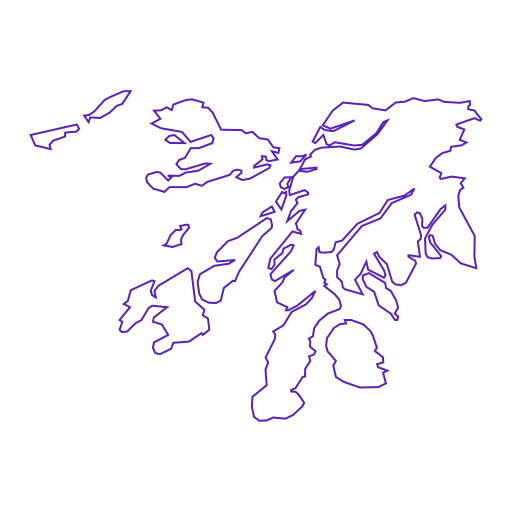 the border of Argyll and Bute
{"feature_id": "GBR-2746", "entity_name": "Argyll and Bute", "entity_type": "Unitary District", "adm_level": 1, "iso_a3": "GBR", "parent_name": "United Kingdom", "parent_adm1": "", "projection": "robinson", "projection_center": [-5.597, 55.994], "detail": "fine", "context": "isolated", "style": "outline", "palette": "violet", "viewbox_px": 512, "rotation_deg": 0, "n_neighbors": 0, "source": "natural_earth", "source_scale": "10m", "svg_char_len": 6115}
<svg xmlns="http://www.w3.org/2000/svg" viewBox="0 0 512 512"><path d="M476.3,268.2L460.9,263.4L451.3,254.7L440.3,250.2L435.2,244.0L432.6,235.7L429.9,235.2L428.9,237.0L430.2,242.4L441.2,256.2L440.0,258.1L432.1,258.5L427.7,257.2L425.7,253.8L425.0,238.5L432.2,224.9L445.3,209.7L445.3,205.4L440.7,209.0L427.5,227.7L423.5,227.8L422.1,225.9L422.4,218.7L419.7,213.0L417.1,212.4L414.6,214.6L421.1,235.3L420.6,239.0L417.8,241.5L420.0,256.8L408.5,255.2L408.5,256.8L415.2,260.7L416.1,263.4L405.9,282.8L401.1,285.2L395.2,284.3L392.2,281.7L386.9,264.1L379.4,257.0L377.0,252.0L374.0,253.7L384.1,270.5L385.5,275.4L384.0,277.7L368.1,269.6L366.4,261.6L360.5,274.0L355.0,279.7L362.7,294.3L344.9,289.3L342.9,287.4L341.7,281.5L337.1,277.1L337.1,270.6L339.7,264.1L337.1,255.2L361.9,226.0L380.4,218.4L391.8,203.1L410.9,194.8L414.5,188.5L404.4,195.6L387.8,200.0L379.6,212.9L357.5,223.7L342.1,240.6L335.7,242.2L333.7,249.7L331.4,252.1L322.8,252.7L319.3,251.9L318.6,247.2L316.6,249.1L315.3,264.9L319.9,266.6L323.3,278.1L325.5,279.7L324.3,282.8L326.9,284.3L324.3,286.0L334.6,294.1L339.3,299.7L341.0,305.8L339.7,309.0L328.0,313.5L319.4,320.5L314.2,328.2L312.9,336.3L308.9,338.6L310.3,341.3L310.0,346.7L315.4,351.0L314.3,354.2L309.1,356.5L310.3,360.9L305.2,368.8L305.0,376.5L302.7,376.9L295.5,388.1L291.2,390.0L291.2,391.5L295.4,391.8L298.9,394.9L304.2,402.8L302.4,406.3L293.1,415.0L285.3,418.7L273.2,417.5L267.0,420.4L259.4,420.8L254.1,417.0L251.9,406.9L252.5,396.8L266.7,385.2L265.5,369.5L268.2,362.5L265.6,357.5L274.6,339.5L275.4,334.7L273.2,331.5L283.4,325.3L291.8,311.8L306.1,304.3L311.9,298.0L315.4,290.9L297.3,305.6L288.4,310.2L286.0,310.3L287.3,307.2L277.1,302.4L274.5,290.9L282.4,282.4L284.7,277.3L293.7,269.9L275.0,281.1L271.9,279.6L270.4,274.3L290.8,251.5L293.7,245.4L291.3,244.7L283.6,248.5L282.4,252.9L274.4,259.6L274.5,264.9L271.4,269.1L268.3,268.0L270.4,258.6L292.5,231.4L301.1,233.9L300.5,231.0L297.5,229.1L296.0,223.3L305.1,209.7L299.5,210.9L287.3,221.2L290.9,211.4L297.5,203.1L295.9,199.9L298.1,197.4L307.9,194.4L308.2,192.6L304.6,190.1L289.8,195.1L289.2,190.4L293.4,176.6L298.8,170.7L307.2,171.8L316.5,169.1L316.5,167.6L299.9,169.1L305.1,159.4L311.0,156.5L310.2,154.6L314.8,149.9L321.1,147.7L339.7,146.5L354.7,149.6L360.9,148.5L377.6,134.0L387.5,120.4L383.5,122.0L376.2,133.4L362.3,144.8L354.4,145.5L334.7,142.3L329.5,145.6L326.5,144.0L323.4,135.0L315.2,143.1L312.7,141.6L320.3,126.9L324.7,130.0L333.4,131.2L354.6,120.4L330.5,128.7L322.8,125.3L332.6,110.7L343.0,102.6L368.1,104.9L372.6,108.3L385.5,110.4L395.7,102.5L404.8,101.7L413.4,98.1L424.6,101.1L438.1,99.4L444.3,101.9L460.1,102.8L469.6,101.1L470.2,104.7L468.2,106.5L468.3,109.3L474.3,110.4L481.3,119.2L480.2,120.7L474.4,118.2L456.4,124.5L457.4,126.9L464.4,129.5L459.7,139.8L466.4,142.5L461.6,145.3L451.1,146.8L450.4,150.7L442.2,153.2L436.1,157.6L429.9,166.7L441.3,173.1L439.7,177.7L440.8,178.9L451.8,176.6L464.8,178.3L460.7,183.2L463.4,187.7L460.2,190.0L458.3,195.5L459.2,207.3L474.7,235.9L474.4,256.5L476.3,268.2ZM272.0,151.3L277.6,159.5L269.2,161.1L266.5,160.2L265.8,156.6L261.9,156.2L262.5,159.3L254.2,165.9L254.2,167.6L267.5,164.3L270.5,165.4L269.3,168.0L249.6,178.8L242.3,180.0L236.3,177.2L241.3,172.9L241.5,170.7L237.7,169.6L233.2,170.7L229.9,174.8L207.1,182.0L201.8,185.8L195.1,183.7L186.8,187.1L169.5,187.1L164.5,191.9L153.2,188.6L147.2,182.4L146.1,178.0L147.8,174.6L156.5,172.0L160.2,172.5L168.2,180.5L171.6,177.2L167.7,175.6L179.4,175.9L185.5,172.6L198.3,170.7L210.3,163.8L205.4,163.4L185.5,169.3L180.9,169.1L176.4,164.2L179.0,160.1L185.0,157.8L190.7,148.1L199.0,148.1L212.3,143.1L213.6,138.4L211.1,135.0L190.6,141.9L181.9,131.9L160.8,128.2L151.6,123.5L160.4,118.8L154.0,110.7L160.9,110.3L166.8,107.3L171.6,110.1L173.5,104.5L186.3,99.9L192.3,99.4L203.5,102.6L202.3,107.3L208.1,107.7L212.6,112.5L221.1,129.7L241.6,130.1L245.8,133.3L252.3,131.9L259.3,138.2L267.9,139.5L273.3,147.3L279.4,148.2L278.4,152.9L272.0,151.3ZM208.0,318.5L209.3,329.7L202.8,334.9L201.6,333.1L189.0,341.6L173.4,342.8L171.2,348.7L159.9,354.2L155.4,353.1L152.9,347.8L154.0,342.4L168.2,334.9L161.9,324.5L153.0,321.8L153.8,317.5L167.1,307.2L152.4,305.7L148.6,308.0L141.5,320.1L135.5,323.2L127.2,331.5L122.0,332.1L119.6,329.9L122.3,321.8L119.6,320.0L130.0,307.2L123.8,304.0L127.8,301.0L130.8,290.2L152.0,280.4L154.5,281.2L150.7,290.9L152.1,295.1L155.8,297.4L154.4,291.1L158.4,285.8L187.7,268.2L191.4,271.1L195.2,301.5L204.4,309.7L202.8,315.3L208.0,318.5ZM387.3,370.6L383.1,372.7L385.9,383.4L378.5,387.1L359.9,387.5L343.6,381.8L335.9,376.9L333.3,365.6L335.9,360.9L327.7,351.4L326.1,345.8L327.0,338.1L334.0,327.9L339.8,324.2L346.1,323.4L344.8,320.0L351.2,320.0L363.3,324.4L370.5,331.1L373.1,336.1L376.9,347.8L374.8,351.0L382.9,357.1L383.3,362.4L377.1,364.1L378.1,367.2L387.3,370.6ZM237.4,237.7L266.8,218.1L270.8,219.4L272.0,224.9L271.7,227.9L262.2,236.2L239.1,271.7L235.0,281.2L233.0,280.7L223.9,287.9L220.8,300.6L216.1,303.0L208.8,302.7L202.1,299.5L199.2,293.5L197.6,282.1L199.8,274.3L214.3,265.8L228.9,263.7L235.0,260.0L217.4,261.5L214.7,257.7L217.0,252.2L228.0,241.1L237.4,237.7ZM394.7,313.7L398.2,316.5L397.3,320.0L394.9,319.9L390.9,313.7L378.7,305.4L374.2,291.8L366.5,286.9L362.7,279.1L362.9,275.4L369.0,273.1L385.1,282.9L386.2,288.2L390.8,290.9L396.2,300.4L398.1,307.8L394.7,313.7ZM30.7,135.0L76.8,124.5L79.1,128.7L76.5,131.6L65.2,132.6L64.9,136.6L53.0,140.7L49.6,144.8L50.7,149.1L35.2,145.4L30.7,135.0ZM130.6,91.2L122.2,104.0L116.7,105.9L109.8,112.5L100.1,118.0L90.3,117.4L88.6,122.1L84.2,115.6L89.3,114.9L94.2,111.5L104.8,99.9L110.8,96.7L123.7,91.2L130.6,91.2ZM175.7,230.0L180.0,230.0L181.5,229.1L180.1,226.0L186.2,224.7L188.3,224.8L189.1,227.7L183.1,235.0L180.9,239.8L181.5,244.0L172.6,247.0L163.7,245.4L166.6,243.8L170.6,235.0L175.7,230.0ZM184.5,143.1L170.1,143.0L165.3,139.8L169.3,136.0L174.3,135.0L184.5,143.1ZM282.2,191.9L284.1,193.3L286.0,191.9L286.4,195.2L281.4,209.5L275.9,201.6L282.2,191.9ZM279.7,183.5L284.5,177.5L291.2,177.2L287.3,184.0L288.5,187.1L284.3,188.9L280.9,187.3L279.7,183.5ZM271.9,206.5L274.6,211.9L260.6,216.2L262.6,212.3L271.9,206.5ZM296.1,156.2L302.0,156.3L306.4,154.6L300.2,161.4L291.2,162.6L296.1,156.2Z" fill="none" stroke="#5b21b6" stroke-width="2"/></svg>